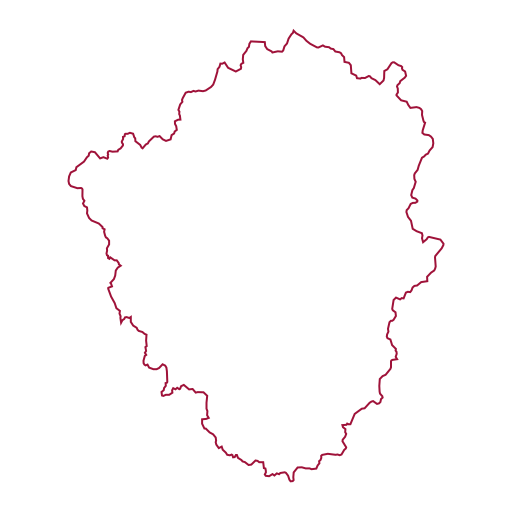 the district of Canchis, Cusco, Peru
{"feature_id": "86281439B44648487270271", "entity_name": "Canchis", "entity_type": "district", "adm_level": 2, "iso_a3": "PER", "parent_name": "Peru", "parent_adm1": "Cusco", "projection": "natural_earth1", "projection_center": [-71.171, -14.099], "detail": "fine", "context": "isolated", "style": "outline", "palette": "rose", "viewbox_px": 512, "rotation_deg": 0, "n_neighbors": 0, "source": "geoboundaries", "source_scale": "gbopen_adm2", "svg_char_len": 6000}
<svg xmlns="http://www.w3.org/2000/svg" viewBox="0 0 512 512"><path d="M108.1,258.1L109.4,258.8L110.2,257.3L114.5,260.3L116.7,260.3L118.7,263.0L118.9,264.3L120.7,265.7L117.8,267.6L115.8,270.5L115.2,275.6L113.9,279.1L110.4,282.9L111.1,283.8L112.0,286.4L108.3,287.8L108.2,288.7L111.1,296.6L114.7,303.1L116.4,308.2L119.9,310.9L119.5,313.6L120.6,316.2L120.4,317.9L121.1,322.7L122.4,320.2L124.2,319.0L125.0,317.4L126.6,317.1L129.3,318.0L130.8,317.0L130.8,321.9L133.2,325.6L136.7,327.8L137.5,329.7L138.7,330.9L142.4,332.0L144.6,333.9L146.5,334.7L146.1,340.6L146.7,346.1L145.4,347.1L146.1,351.0L144.9,352.8L146.2,354.9L144.8,355.9L143.5,360.7L143.6,363.2L144.4,364.6L145.6,365.4L147.5,364.6L149.1,367.6L153.4,369.2L156.6,369.2L159.1,368.0L162.6,364.3L165.2,365.6L166.4,367.6L166.9,371.3L167.3,381.9L166.9,382.7L165.6,383.1L165.8,385.8L164.1,388.0L163.7,390.2L161.5,392.0L162.0,395.5L163.4,395.9L165.8,394.8L169.2,394.8L172.4,392.7L172.1,390.3L173.2,388.2L175.5,389.3L177.2,387.8L179.3,389.2L180.1,388.8L181.1,386.2L183.8,384.9L189.1,389.4L192.6,389.0L195.7,392.6L197.7,392.1L203.5,392.3L207.2,395.8L206.5,402.7L206.5,408.7L207.4,411.1L207.1,415.2L208.7,417.9L206.2,418.9L202.1,419.3L202.1,423.7L204.4,428.5L205.8,428.6L209.6,432.4L213.1,434.3L215.7,437.5L216.1,440.6L215.7,442.2L216.3,444.6L218.8,448.1L221.7,446.6L222.7,449.7L225.8,452.6L227.2,454.8L229.9,455.3L231.6,454.6L232.4,455.1L233.1,457.3L234.7,457.1L235.9,455.0L236.9,455.0L238.0,457.9L241.5,460.1L242.5,461.4L244.9,462.1L248.6,465.0L251.3,464.6L255.5,460.5L257.6,460.9L259.2,462.2L263.2,462.2L263.9,468.1L265.4,468.5L265.8,470.5L265.9,472.4L264.8,474.4L265.7,475.8L269.1,476.2L272.5,474.1L274.4,475.5L276.8,473.4L279.1,474.2L280.3,473.0L284.7,472.3L285.9,472.8L288.1,475.7L289.4,479.7L290.6,481.3L292.7,481.1L293.6,480.1L293.3,477.2L293.7,472.4L297.6,467.5L301.8,467.3L305.7,468.4L309.6,468.4L311.5,469.2L316.3,468.6L317.6,465.5L319.4,463.3L319.1,461.2L320.5,460.0L321.3,457.9L321.2,455.8L322.2,454.9L327.8,453.8L335.6,454.8L337.5,454.5L339.7,455.2L341.5,454.5L344.2,449.9L345.8,448.5L346.2,447.3L342.5,441.3L342.7,439.7L345.1,436.8L346.2,433.9L345.2,432.2L345.4,429.1L343.0,427.2L342.4,425.1L346.5,424.8L347.2,423.6L348.7,424.3L350.4,424.2L354.7,413.9L361.8,408.7L364.6,408.3L369.6,402.8L371.4,401.6L373.1,401.1L377.0,403.9L379.0,403.4L380.4,402.0L381.0,399.1L382.6,397.6L382.3,396.2L380.0,393.6L379.6,391.6L379.3,385.9L379.8,379.0L382.6,376.1L385.6,374.8L390.4,368.9L391.0,367.3L391.0,361.2L391.4,360.5L392.3,359.9L397.1,359.2L395.7,356.8L396.7,353.8L396.5,351.8L395.6,350.6L395.9,348.9L392.1,345.1L390.4,339.5L387.5,338.2L386.8,336.6L387.1,334.4L388.4,331.7L388.0,328.8L389.5,322.2L390.9,320.8L392.2,320.8L393.5,319.9L395.9,316.0L395.5,312.3L392.8,310.3L392.2,308.9L393.6,300.0L396.0,297.6L400.1,299.4L401.7,298.1L403.6,298.4L405.9,292.6L407.8,291.8L410.2,292.1L411.5,290.4L412.6,287.5L414.4,285.9L417.1,285.5L421.2,282.1L427.3,281.2L427.1,276.8L431.1,272.6L434.2,270.5L435.1,268.7L435.7,266.5L435.0,257.3L435.3,256.0L441.7,248.3L443.4,245.0L443.5,243.7L440.4,239.6L429.0,236.9L427.8,237.4L426.7,239.2L423.1,242.2L422.0,238.2L422.5,235.5L421.9,233.2L416.6,231.2L412.7,228.8L411.0,220.8L408.0,216.9L406.4,212.0L406.7,210.1L408.5,208.3L410.7,203.9L412.8,202.9L415.4,202.8L417.3,201.6L417.4,200.5L415.5,198.6L412.3,197.6L411.2,195.1L412.4,190.1L413.8,188.1L415.7,181.8L414.4,178.9L414.2,175.1L414.8,173.4L417.6,169.9L418.8,165.6L422.0,157.7L424.2,156.4L425.7,154.7L428.0,153.6L429.6,150.5L432.6,147.1L433.3,143.3L432.8,138.9L431.0,136.6L428.8,135.1L424.3,134.5L422.4,132.9L422.7,130.4L425.1,122.7L423.9,121.9L423.4,120.5L422.0,114.9L422.2,111.1L421.1,109.2L419.4,107.9L416.5,107.1L410.4,107.9L408.3,105.0L406.7,101.7L401.1,100.3L396.5,95.4L396.5,94.6L397.9,92.5L397.8,88.6L397.0,86.5L397.5,85.1L399.6,83.2L400.3,81.1L404.7,77.7L406.1,75.8L405.1,71.5L402.5,69.8L402.0,68.4L402.2,67.1L401.2,66.1L398.4,65.2L394.1,62.3L392.8,62.3L391.5,63.1L387.4,69.3L384.3,71.0L384.1,78.0L383.5,80.5L379.7,84.2L375.4,80.1L371.5,78.2L369.9,76.3L368.8,76.0L365.0,78.0L361.4,77.9L360.5,78.6L357.0,78.2L356.2,75.6L351.4,73.3L350.8,65.2L348.9,62.8L344.5,61.9L344.1,57.1L342.0,55.1L341.1,53.3L339.6,52.3L335.3,51.5L333.4,49.1L330.8,48.6L329.0,47.2L325.0,46.7L322.9,45.4L318.4,47.5L317.0,47.4L310.2,43.8L306.4,40.8L303.4,37.4L296.2,33.3L293.6,30.7L292.9,32.9L291.4,34.3L288.6,38.6L287.0,43.5L284.5,46.3L283.2,50.5L282.0,51.7L277.8,51.3L272.4,52.5L271.6,51.4L267.2,49.1L265.2,46.1L264.8,42.1L250.9,41.4L249.4,43.8L248.9,46.9L247.5,48.2L246.4,50.9L243.2,54.9L242.8,59.3L243.3,62.8L241.4,63.8L240.6,65.2L241.2,67.1L240.9,68.8L235.8,71.5L228.1,67.8L224.6,62.5L222.3,63.7L220.4,63.6L219.5,66.8L217.6,69.2L217.4,71.5L215.0,79.8L213.2,84.6L211.0,87.0L205.7,90.5L203.0,91.2L198.5,90.6L195.5,91.5L193.5,90.9L190.9,92.1L188.6,91.7L185.7,92.7L182.7,98.2L182.0,100.0L182.4,101.8L180.2,104.4L178.4,109.9L179.4,111.6L179.2,114.1L179.9,115.6L180.4,119.6L178.1,119.7L174.9,121.3L175.0,123.9L176.2,126.2L176.8,129.9L174.7,131.5L174.1,133.5L171.6,135.1L170.6,139.4L166.0,140.9L162.7,139.3L159.6,136.1L157.5,136.8L155.7,136.3L153.9,136.6L148.9,141.4L147.9,143.4L145.8,144.5L142.6,148.3L141.6,147.6L140.2,144.9L135.4,141.2L135.2,138.3L134.3,137.3L133.1,133.7L129.9,132.8L127.7,133.8L125.4,133.8L124.9,134.2L124.6,136.3L123.0,136.9L123.1,139.0L121.8,141.5L121.9,142.6L123.0,144.2L122.9,145.5L120.6,148.4L118.3,149.8L117.6,151.4L112.5,151.7L109.6,151.0L108.2,151.6L107.7,153.0L108.2,154.6L107.7,155.4L108.1,157.6L107.3,158.7L103.4,157.2L100.1,158.4L94.9,152.2L91.2,151.5L89.1,153.3L88.7,155.7L86.9,157.3L84.0,161.6L76.4,167.2L75.7,170.1L70.8,172.5L69.1,176.4L68.5,181.0L69.1,183.9L70.9,186.1L77.4,188.2L81.1,188.0L82.1,188.6L82.5,189.5L82.4,196.2L82.9,198.8L84.4,200.8L83.0,203.5L84.3,206.0L87.0,207.4L87.3,210.5L87.0,213.4L89.1,218.0L91.6,220.5L98.8,223.5L102.5,227.0L102.6,228.3L104.6,229.3L104.1,231.8L105.1,235.6L105.9,237.4L107.3,238.3L109.1,240.7L109.1,244.4L106.9,248.3L107.1,250.6L106.5,253.5L107.0,255.3L108.0,255.7L108.1,258.1Z" fill="none" stroke="#9f1239" stroke-width="2"/></svg>